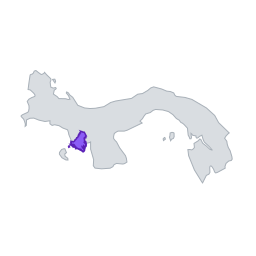 Soná, Veraguas, Panama shown in context, rotated 8°
{"feature_id": "35544464B54310039107980", "entity_name": "Soná", "entity_type": "district", "adm_level": 2, "iso_a3": "PAN", "parent_name": "Panama", "parent_adm1": "Veraguas", "projection": "mercator", "projection_center": [-81.367, 7.878], "detail": "fine", "context": "in_parent", "style": "filled", "palette": "violet", "viewbox_px": 256, "rotation_deg": 8, "n_neighbors": 0, "source": "geoboundaries", "source_scale": "gbopen_adm2", "svg_char_len": 6990}
<svg xmlns="http://www.w3.org/2000/svg" viewBox="0 0 256 256"><g transform="rotate(8 128 128)"><path d="M228.9,118.8L228.3,119.3L226.2,122.2L225.1,124.7L227.7,127.4L228.5,130.2L230.0,133.3L232.3,136.3L234.9,142.0L235.5,144.3L234.8,145.8L232.3,146.7L230.0,149.4L229.4,152.6L229.8,154.3L222.9,159.4L221.1,160.3L219.9,159.5L218.5,156.9L216.7,154.8L215.8,154.1L215.2,154.0L214.6,154.5L214.4,155.7L215.3,160.5L214.5,162.5L212.2,164.0L209.5,172.0L208.5,171.0L199.6,160.3L191.9,147.0L190.3,141.0L192.3,140.7L194.2,140.8L195.3,139.9L196.5,138.1L195.5,134.1L199.2,131.0L200.6,128.9L201.7,129.2L204.1,132.7L207.7,134.7L212.0,137.7L214.7,138.3L211.3,135.3L205.4,131.2L203.8,128.5L202.2,124.8L199.9,126.4L198.8,127.8L197.6,128.5L196.6,127.6L196.4,126.4L193.0,126.2L192.1,125.1L191.1,124.5L191.6,126.8L192.2,128.2L191.9,129.9L190.8,130.1L189.8,128.3L188.6,126.7L186.9,119.9L183.0,116.7L181.2,115.6L179.7,115.2L177.5,113.1L174.6,111.9L170.6,108.5L165.8,106.1L159.9,105.3L152.7,105.8L150.3,107.1L148.7,108.8L147.9,109.6L143.6,111.6L142.0,114.4L141.0,116.8L138.9,119.5L141.3,121.1L127.5,130.3L124.7,131.6L118.5,132.5L117.1,133.5L115.2,135.3L114.9,138.1L115.2,140.4L117.0,142.2L118.6,143.4L122.5,148.8L129.3,155.7L130.6,158.2L131.7,161.9L129.6,163.7L128.0,164.4L121.5,164.7L119.3,166.2L118.4,168.4L115.9,170.3L107.5,172.1L100.9,172.3L98.9,170.2L98.4,164.2L93.9,154.1L92.9,147.0L91.8,147.9L89.4,148.7L88.6,150.5L88.0,155.6L87.2,157.4L85.3,157.2L81.6,155.4L76.7,153.7L70.3,142.7L69.6,140.6L68.4,138.2L63.5,137.1L59.4,135.3L54.8,135.0L52.5,136.0L50.1,134.7L49.7,131.7L44.9,133.1L38.8,132.6L33.3,131.3L29.6,132.0L26.4,134.1L26.9,139.6L25.9,140.7L25.8,138.4L24.7,135.9L23.4,133.7L20.6,131.5L20.5,130.7L21.6,129.6L26.6,126.4L27.2,125.1L27.3,122.3L26.8,119.6L24.5,115.7L25.8,113.3L28.4,111.3L31.1,109.8L31.5,109.2L31.0,107.8L29.5,106.4L25.9,103.9L23.7,103.8L23.6,96.7L23.7,89.2L24.3,88.5L25.6,88.0L26.6,86.9L27.2,84.7L28.8,83.9L31.7,85.6L34.6,87.1L35.8,86.6L36.7,85.9L37.4,85.2L37.6,84.5L39.9,86.5L44.7,90.0L45.0,91.8L44.5,93.4L45.8,98.2L48.3,98.9L50.8,98.0L51.4,98.9L51.0,99.7L49.7,100.7L49.4,104.8L53.5,106.8L55.5,108.5L62.3,107.7L64.8,108.1L66.5,107.6L64.6,104.3L62.0,101.9L62.3,100.8L64.2,101.6L65.6,103.3L69.0,105.3L75.1,112.5L82.2,114.2L87.7,114.0L92.9,113.0L101.2,110.2L107.2,105.2L112.0,103.0L127.4,98.2L132.9,93.2L135.2,92.5L137.5,91.9L142.3,88.1L144.9,85.2L147.7,83.7L155.9,84.7L161.2,86.1L164.9,86.0L168.4,86.9L169.9,89.1L171.5,90.0L180.2,89.8L187.3,90.8L202.8,97.2L212.1,103.5L217.0,110.1L228.9,118.8ZM73.0,168.1L71.0,168.3L66.8,166.7L63.8,163.6L63.6,162.7L63.6,161.6L65.3,158.5L67.5,157.4L68.4,157.4L70.5,161.0L69.0,162.5L69.6,164.7L72.6,166.4L73.0,168.1ZM172.7,133.1L172.0,134.7L170.3,131.2L170.6,130.2L170.4,127.1L172.1,126.2L173.3,126.2L174.3,126.6L174.9,130.3L174.4,132.0L172.7,133.1ZM49.8,91.8L49.4,93.5L46.5,90.4L48.2,89.9L48.8,89.9L49.8,91.8ZM166.6,133.8L164.9,135.5L164.3,133.9L165.4,132.3L165.8,132.3L166.6,133.8Z" fill="#d9dde1" stroke="#a8b0b8" stroke-width="1"/><path d="M75.1,149.1L74.7,149.2L74.4,149.1L74.1,149.2L73.9,149.7L73.5,149.5L73.6,149.8L73.6,150.1L73.6,150.3L73.4,150.3L73.4,150.7L73.5,150.9L73.9,150.9L73.9,151.2L73.7,151.4L74.1,151.2L74.2,151.3L74.1,151.5L74.0,151.8L73.8,151.8L73.7,151.9L73.9,152.0L74.0,152.0L74.4,152.2L74.3,152.3L74.5,152.5L74.9,152.6L75.1,153.0L75.3,153.0L75.2,152.9L75.3,152.6L75.0,152.6L75.0,152.4L75.1,152.2L75.5,152.1L75.9,152.1L76.1,152.2L76.3,152.1L76.5,151.9L76.8,152.3L77.1,152.2L77.2,152.3L77.2,152.5L76.8,152.6L77.0,152.7L76.7,152.8L76.9,152.9L77.0,153.2L76.8,153.3L76.2,153.2L75.8,153.4L75.7,153.4L75.7,153.5L75.4,153.7L75.9,154.0L76.1,154.0L76.6,154.0L76.6,154.3L76.9,154.1L76.9,154.3L77.1,154.2L77.4,154.1L77.3,154.3L77.5,154.3L77.6,154.2L77.9,154.3L78.0,154.4L78.1,154.2L78.5,154.3L78.6,154.2L78.8,154.5L79.0,154.4L79.0,154.5L79.3,154.7L79.2,154.9L79.1,155.2L79.1,155.3L79.4,155.2L79.6,155.3L79.8,155.1L80.0,155.1L79.9,155.3L80.1,155.2L80.4,155.5L80.6,155.3L80.5,155.1L80.8,155.1L81.3,155.5L81.5,155.6L81.8,155.7L82.0,155.6L82.1,155.8L82.4,155.8L82.8,156.0L82.9,155.9L83.2,156.0L83.7,156.3L83.8,156.2L83.7,156.2L83.9,155.8L83.7,155.8L83.6,155.7L83.9,155.7L84.0,155.8L83.9,155.9L84.4,156.0L84.6,156.3L84.7,156.5L84.9,156.6L84.8,156.8L85.0,156.9L85.6,156.9L85.6,157.0L85.9,157.2L86.3,157.2L86.5,157.4L86.5,157.6L86.8,157.9L87.3,157.6L87.6,157.3L87.7,157.0L88.0,156.2L87.8,156.2L87.7,155.8L87.5,155.7L88.1,154.5L88.1,154.0L87.7,153.9L87.5,154.2L87.3,154.1L87.4,154.3L87.3,154.2L87.1,154.4L87.3,154.1L87.1,154.0L86.9,154.1L87.0,154.3L86.9,154.3L86.8,154.5L86.6,154.5L86.5,154.4L86.4,154.3L86.4,154.2L86.4,153.9L86.0,153.9L85.8,153.6L85.6,153.6L85.5,153.4L86.2,153.8L86.2,153.6L86.0,153.4L86.1,153.5L86.3,153.7L86.3,153.8L86.5,153.8L86.5,154.1L86.9,154.1L87.3,153.8L87.3,153.7L87.0,153.6L86.9,153.3L86.6,153.3L86.6,153.2L86.6,153.3L86.9,153.3L86.9,153.0L86.7,153.0L86.9,153.0L86.9,152.7L86.4,152.7L86.2,152.5L86.0,152.4L85.9,152.4L86.0,152.4L86.2,152.2L86.5,152.5L86.5,152.1L86.8,152.3L86.8,152.2L87.0,152.4L87.2,152.6L87.4,152.6L87.2,152.6L87.2,152.8L87.0,152.7L87.0,153.3L87.2,153.5L87.3,153.3L87.4,153.2L87.5,153.2L87.6,152.8L87.7,152.7L88.1,152.4L87.6,152.1L87.3,152.1L87.2,152.1L87.3,152.1L87.5,152.1L87.4,151.9L87.5,152.0L87.9,152.2L88.0,152.2L88.1,152.3L88.5,152.4L88.1,152.3L87.7,152.8L87.6,153.0L88.0,153.0L88.6,152.5L88.6,152.4L88.9,152.1L89.0,151.7L88.8,151.3L89.0,150.9L88.9,150.8L88.7,150.9L88.6,151.0L88.6,150.8L88.9,150.8L89.0,150.4L88.5,150.0L88.5,149.5L88.3,149.7L88.2,149.5L88.3,149.7L88.5,149.5L88.6,149.3L88.5,149.2L88.6,149.3L88.7,149.2L88.7,148.9L88.3,148.9L88.2,149.1L88.2,148.9L87.7,149.0L87.6,149.3L87.7,149.0L87.5,148.8L87.3,148.9L87.3,149.0L87.3,148.9L87.2,148.8L87.5,148.8L87.6,149.0L88.0,148.8L87.7,148.3L87.4,148.3L87.3,148.5L87.3,148.4L87.5,148.3L87.1,148.1L87.0,147.7L86.8,147.6L87.1,147.6L87.3,147.5L87.2,147.5L87.0,147.4L87.2,147.2L86.9,147.1L87.2,147.2L87.1,147.3L87.2,147.5L87.8,147.5L87.9,147.2L87.1,147.0L86.7,146.5L86.6,146.2L86.6,145.8L86.4,145.6L86.6,145.2L86.5,144.8L86.6,144.6L86.4,144.4L86.1,144.3L86.2,144.0L86.2,143.7L86.8,143.6L87.5,143.4L87.0,142.9L87.0,142.7L87.3,142.3L87.2,142.1L87.8,141.8L85.6,138.7L85.4,138.5L85.1,138.2L84.8,138.3L83.8,138.4L83.5,138.3L83.1,138.0L82.7,137.9L82.2,138.0L81.8,137.9L81.9,138.0L81.6,138.6L81.6,138.8L81.4,138.7L81.1,139.1L81.4,139.3L81.5,139.5L81.2,139.7L81.2,140.1L80.9,140.2L81.1,140.4L81.1,140.6L80.6,140.9L80.5,141.3L80.3,141.3L80.3,141.5L80.1,141.6L80.2,141.8L80.0,142.2L80.2,142.3L80.3,142.4L80.3,142.6L80.1,142.7L80.0,142.9L79.7,143.1L79.7,143.6L79.3,144.6L78.6,144.7L78.1,146.3L77.1,147.2L77.1,148.0L76.0,149.2L75.6,149.3L75.1,149.1ZM72.6,154.7L72.4,154.6L71.7,154.8L71.9,154.8L72.0,155.1L72.2,154.9L72.5,155.0L72.7,154.9L72.6,154.7ZM74.2,152.4L73.8,152.4L73.7,152.4L74.0,152.6L73.9,152.6L73.6,152.6L73.5,152.8L73.9,152.9L74.0,152.9L73.9,152.8L74.0,152.8L74.2,152.4ZM76.2,152.4L76.0,152.6L76.2,152.9L76.3,152.8L76.2,152.6L76.3,152.5L76.2,152.4ZM71.8,154.6L71.8,154.3L71.7,154.4L71.8,154.6Z" fill="#8b5cf6" stroke="#5b21b6" stroke-width="1.5"/></g></svg>